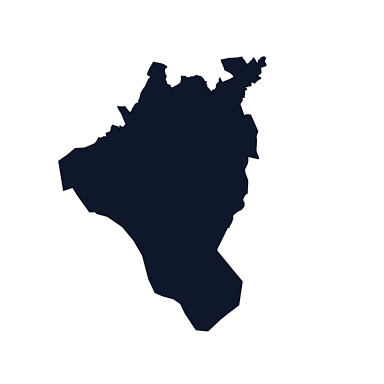 Orumba North, Anambra, Nigeria (Natural Earth projection), rotated 158°
{"feature_id": "59680162B54356159238049", "entity_name": "Orumba North", "entity_type": "district", "adm_level": 2, "iso_a3": "NGA", "parent_name": "Nigeria", "parent_adm1": "Anambra", "projection": "natural_earth1", "projection_center": [7.117, 6.122], "detail": "fine", "context": "isolated", "style": "filled", "palette": "ink", "viewbox_px": 384, "rotation_deg": 158, "n_neighbors": 0, "source": "geoboundaries", "source_scale": "gbopen_adm2", "svg_char_len": 6047}
<svg xmlns="http://www.w3.org/2000/svg" viewBox="0 0 384 384"><g transform="rotate(158 192 192)"><path d="M191.1,70.0L179.3,90.1L191.2,127.8L190.6,129.9L172.6,145.9L171.1,145.6L170.2,146.6L170.0,147.2L169.5,147.4L168.0,148.3L165.0,151.4L164.9,151.9L164.5,152.2L164.0,153.0L163.8,154.2L163.9,154.9L162.5,155.4L161.8,156.0L160.2,156.4L158.5,156.9L156.7,157.2L155.5,157.6L154.5,157.4L154.1,157.6L153.7,157.5L152.4,157.8L151.2,158.5L150.9,158.7L150.6,158.8L150.2,158.9L149.8,159.2L149.5,159.4L149.2,159.8L148.9,160.5L148.7,161.0L148.6,161.3L148.3,161.8L148.0,162.8L148.9,163.1L148.7,163.5L148.5,163.8L148.3,164.1L148.2,164.6L148.3,164.9L148.4,165.4L148.3,165.5L148.2,165.9L147.6,166.7L147.3,167.1L146.5,167.7L146.0,168.1L145.4,168.6L144.7,169.4L144.2,169.6L143.6,169.9L143.1,170.1L142.3,170.4L142.0,170.4L141.6,170.3L141.2,170.6L140.9,171.5L140.2,173.2L137.3,179.4L136.3,181.8L136.1,186.1L136.0,189.8L135.1,193.4L131.2,196.9L130.4,197.6L129.4,199.1L128.7,200.2L128.0,201.9L127.6,203.7L126.7,203.8L125.5,203.9L125.2,204.0L125.0,203.7L125.0,203.4L124.9,203.1L120.2,199.8L117.9,198.3L117.7,199.2L117.7,204.7L117.1,207.3L115.2,211.1L112.7,216.6L112.3,219.0L110.9,221.0L108.5,223.7L109.1,241.3L111.3,242.5L113.3,243.1L115.5,242.0L114.9,255.7L112.0,257.8L111.0,258.7L111.1,259.1L110.9,259.6L110.8,260.2L110.6,260.7L110.3,260.7L110.1,260.8L109.7,261.1L109.4,261.0L109.1,260.9L108.5,260.6L108.2,260.5L108.1,261.3L108.0,261.9L107.7,262.1L107.3,262.3L107.1,262.6L106.9,262.8L106.9,263.0L106.7,263.4L106.7,263.6L106.7,263.8L106.5,264.1L106.3,264.6L106.0,265.3L105.8,266.0L105.7,266.3L105.2,266.8L104.7,266.7L104.3,266.8L103.2,266.9L103.6,268.4L104.4,270.0L103.8,270.1L103.2,270.2L102.9,270.1L102.2,269.7L101.5,269.3L101.2,269.3L100.4,269.3L99.6,269.4L99.1,269.1L97.8,268.7L97.4,269.5L97.0,270.5L96.8,271.1L96.5,272.3L96.2,272.1L95.3,272.2L94.4,271.2L93.7,270.5L93.2,269.9L93.0,270.1L92.6,270.1L91.3,270.6L90.9,270.9L89.7,271.1L88.8,271.5L87.4,271.7L86.7,271.7L86.1,271.7L85.8,272.3L88.2,274.6L88.7,275.2L87.5,275.6L84.8,276.4L83.8,276.8L83.5,277.0L82.0,282.0L76.8,281.8L76.5,281.8L76.1,281.8L75.9,283.4L76.2,283.6L76.3,283.7L76.1,284.5L76.3,284.8L77.0,285.3L76.0,286.4L74.9,287.7L73.8,288.8L74.1,289.5L75.0,290.3L76.7,290.3L77.4,290.3L77.9,290.0L78.1,289.7L79.4,289.2L81.0,288.7L81.3,288.1L82.1,286.7L82.7,286.2L83.7,286.4L84.0,287.9L84.2,289.2L84.4,291.4L84.9,292.9L85.9,292.4L86.4,291.8L87.4,291.2L88.1,291.1L88.7,290.9L89.2,290.6L89.7,290.1L90.4,289.8L91.6,289.6L93.1,289.4L93.3,289.8L93.7,290.1L94.2,291.6L94.3,292.9L94.6,294.4L94.7,294.8L94.8,295.4L95.2,296.2L95.6,296.6L95.3,298.1L96.8,298.5L99.2,298.9L100.0,299.1L101.8,299.7L107.7,301.8L110.3,302.2L115.2,303.2L115.3,302.5L115.5,301.6L115.5,300.6L115.2,299.5L115.2,298.9L115.4,297.4L115.2,295.7L115.6,293.1L115.0,292.3L114.2,291.4L112.6,289.8L110.8,287.2L109.1,282.8L110.5,282.6L110.8,282.0L111.7,282.3L112.1,282.2L113.0,282.3L113.3,282.2L113.8,281.8L115.2,281.9L116.8,282.0L119.9,281.9L120.7,282.1L122.2,281.6L122.8,281.4L122.8,281.9L123.2,282.7L123.7,286.8L124.5,286.2L124.9,284.7L124.8,283.9L125.1,283.6L125.6,283.6L126.0,283.2L127.3,283.2L128.0,282.4L128.4,282.4L129.3,281.6L129.1,280.7L130.9,279.0L132.4,278.1L134.9,278.3L135.5,276.7L136.4,275.9L136.9,277.6L138.7,282.8L139.1,282.9L139.4,283.0L139.8,283.0L139.5,283.6L139.5,283.9L139.4,284.1L139.2,284.2L138.9,284.6L138.9,284.9L138.5,285.2L138.6,285.4L138.6,285.5L138.8,286.2L138.9,286.4L139.3,286.9L139.4,287.1L137.7,288.5L137.9,288.8L138.5,289.1L138.7,289.5L139.3,290.6L139.3,291.5L139.4,292.3L139.7,293.4L140.2,294.3L140.7,295.6L142.5,296.6L143.6,297.4L144.1,298.2L145.0,298.0L145.7,298.3L146.7,297.5L148.1,298.3L149.8,299.0L150.8,298.3L152.0,298.7L152.6,299.4L154.3,299.5L154.7,300.7L155.1,301.6L155.6,301.2L156.2,301.8L157.2,302.5L157.9,303.0L158.2,303.0L158.7,302.3L159.1,301.1L159.2,300.6L159.3,300.2L159.5,299.8L159.5,298.6L160.5,299.0L160.6,298.9L160.4,298.0L161.1,297.3L161.9,297.1L162.6,296.8L162.9,296.7L163.3,296.7L163.6,296.6L163.9,296.7L164.9,296.2L166.2,296.1L167.6,296.1L168.3,295.9L171.3,295.5L173.1,297.1L173.1,297.5L172.9,298.1L172.5,299.1L173.2,299.5L174.0,300.1L174.5,300.3L175.0,301.1L175.1,301.5L175.1,302.0L174.7,303.7L175.0,304.3L175.1,304.7L174.9,305.0L175.3,306.1L174.1,307.5L172.7,309.3L173.0,310.3L173.2,311.0L173.1,311.8L172.8,312.5L172.8,313.6L171.9,315.7L171.1,316.7L170.1,317.3L169.1,317.3L168.8,317.6L169.3,318.6L169.9,319.4L170.8,320.5L172.0,321.7L173.5,322.8L175.6,324.2L177.5,325.4L178.5,326.1L179.1,326.5L185.1,321.8L189.0,317.8L188.2,316.3L187.5,315.6L187.2,314.9L186.6,314.0L188.5,312.9L189.3,312.7L190.2,312.4L190.3,312.1L190.5,311.5L191.2,311.4L191.8,310.7L193.8,308.8L195.6,307.0L198.4,305.4L200.4,303.7L202.0,302.6L204.0,299.7L204.9,298.2L206.9,296.9L207.7,294.2L209.7,294.7L211.7,294.3L213.2,293.0L215.3,291.6L217.2,289.8L218.3,288.9L219.0,288.6L219.9,288.8L220.9,290.4L222.5,296.3L223.9,296.4L228.7,298.6L228.6,295.9L227.8,292.0L227.7,290.6L227.7,284.7L227.5,283.8L227.6,283.1L227.6,281.3L227.4,280.4L227.4,279.1L227.3,278.8L228.2,279.0L228.6,279.1L229.4,278.6L229.8,278.2L230.2,278.0L230.7,277.5L231.3,277.7L231.9,277.6L232.4,277.8L234.0,279.9L234.4,279.6L234.2,279.1L234.7,278.2L235.2,277.7L235.8,277.2L236.3,279.1L236.5,279.9L237.4,280.9L239.0,281.9L240.1,282.9L240.5,283.4L241.3,282.9L242.0,282.3L242.9,281.2L243.0,280.7L242.9,280.4L243.3,280.0L243.7,279.8L244.1,279.4L244.7,278.3L245.2,278.3L245.8,278.0L246.9,278.3L248.5,278.1L248.8,278.4L249.3,278.5L249.4,277.9L249.8,276.3L249.8,275.9L250.1,274.6L250.7,274.8L250.9,274.7L251.4,274.9L251.5,275.2L251.9,275.3L252.1,275.5L252.4,275.8L252.9,275.9L253.1,276.1L253.7,275.9L254.3,275.9L254.9,275.6L255.7,275.7L255.8,275.9L256.0,275.9L256.4,275.4L258.1,277.0L261.6,274.1L262.3,273.8L264.4,272.9L275.3,272.8L283.9,275.8L293.0,272.8L303.8,270.3L310.2,241.8L300.7,241.3L299.0,231.7L294.3,212.2L289.3,210.2L287.9,207.6L279.4,201.3L269.2,185.9L263.8,168.7L261.4,151.6L264.5,127.1L263.7,112.7L258.3,107.2L248.9,100.0L244.2,92.8L243.5,81.9L239.6,62.9L229.4,57.5L213.0,63.8L202.1,67.0L191.1,70.0Z" fill="#0f172a" stroke="#020617" stroke-width="1.5"/></g></svg>